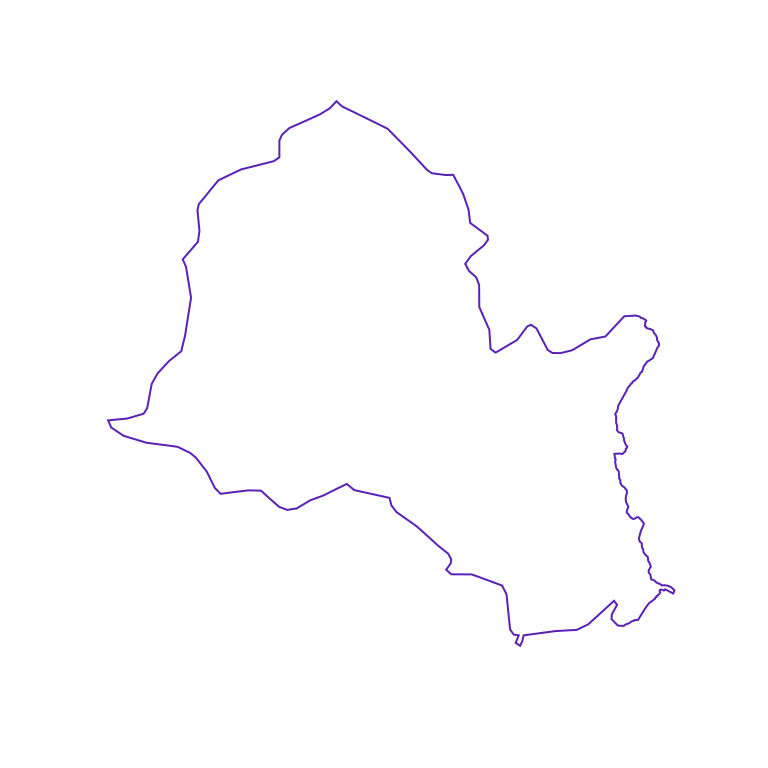 Cavnic, Maramures, Romania (orthographic projection), rotated 258°
{"feature_id": "2599482B81907066395541", "entity_name": "Cavnic", "entity_type": "district", "adm_level": 2, "iso_a3": "ROU", "parent_name": "Romania", "parent_adm1": "Maramures", "projection": "orthographic", "projection_center": [23.847, 47.662], "detail": "fine", "context": "isolated", "style": "outline", "palette": "violet", "viewbox_px": 768, "rotation_deg": 258, "n_neighbors": 0, "source": "geoboundaries", "source_scale": "gbopen_adm2", "svg_char_len": 4001}
<svg xmlns="http://www.w3.org/2000/svg" viewBox="0 0 768 768"><g transform="rotate(258 384 384)"><path d="M605.3,458.2L632.9,440.6L640.7,430.8L664.4,400.5L670.5,396.3L665.0,388.4L661.1,377.5L658.5,365.7L654.0,344.5L649.1,336.1L643.9,332.3L627.5,328.8L624.9,322.6L623.6,288.8L617.7,264.4L610.7,255.6L602.1,244.9L598.4,240.2L592.9,237.7L572.1,235.3L561.8,231.6L547.8,213.1L539.6,214.7L508.5,213.2L472.5,199.4L464.7,195.6L458.2,192.5L455.7,187.5L451.2,178.6L445.6,170.6L441.3,164.6L432.4,156.8L409.6,147.3L404.9,142.7L403.6,125.6L405.8,106.6L398.2,108.1L387.4,118.6L375.9,139.5L370.0,156.4L365.5,169.0L359.9,176.2L357.1,179.9L351.2,184.6L337.9,191.1L335.3,192.4L332.1,193.2L327.3,194.4L321.3,196.0L317.6,196.9L310.6,201.3L310.1,207.0L309.6,213.3L309.1,218.7L308.6,224.5L308.2,229.0L308.0,229.8L307.2,233.3L306.0,238.4L305.2,241.5L303.5,242.8L299.1,245.9L285.7,255.8L280.9,263.3L280.7,268.4L280.4,272.7L280.8,273.7L284.4,284.4L285.6,287.7L286.2,291.9L287.5,301.4L289.3,308.3L291.6,317.1L294.0,326.8L286.4,332.9L279.0,349.1L274.7,358.7L271.4,365.7L263.7,366.0L256.1,369.6L238.0,386.4L214.2,403.6L204.7,411.5L198.6,413.3L194.6,411.9L189.4,406.2L183.9,410.2L179.5,430.2L174.3,438.6L162.3,457.6L152.9,460.1L117.6,456.3L111.9,458.8L110.2,463.5L103.4,459.0L99.6,462.7L103.8,465.8L106.4,467.1L109.1,468.4L106.7,500.0L105.9,505.4L103.4,521.5L106.5,533.9L124.1,563.9L119.6,566.1L111.2,558.9L106.7,557.7L102.9,560.1L99.1,562.5L97.5,568.1L98.6,570.5L99.0,573.9L100.4,577.1L100.5,579.4L101.0,579.8L100.4,583.4L105.2,588.0L110.1,592.7L114.4,597.5L117.5,604.3L118.3,604.4L118.7,605.4L119.0,606.3L119.9,606.5L120.1,607.5L121.7,610.1L123.0,610.8L123.5,610.4L125.0,610.9L125.3,612.5L124.6,613.9L124.0,614.3L123.9,614.8L123.8,615.3L124.7,616.4L119.0,623.3L121.7,625.2L123.3,624.3L124.6,623.4L125.5,622.6L127.2,620.4L127.9,619.1L128.7,617.0L129.3,613.8L130.7,612.7L133.1,609.2L135.4,607.8L137.4,604.8L142.4,604.9L144.1,603.9L145.4,603.8L146.6,604.2L148.9,606.0L149.7,607.0L154.3,606.5L155.0,606.0L156.8,605.6L158.0,606.0L160.4,605.9L162.1,604.5L165.5,602.8L168.7,603.1L169.4,602.6L170.3,602.5L171.2,602.4L174.3,603.0L174.8,602.9L176.9,601.3L180.1,601.3L186.5,604.5L191.5,608.1L193.5,609.2L197.6,607.3L200.8,605.1L201.1,603.2L200.3,601.9L200.1,600.1L200.5,599.1L202.8,597.2L206.4,595.7L207.5,594.8L209.0,595.0L213.2,597.5L217.8,596.3L221.0,596.4L224.3,597.5L226.7,598.9L228.8,599.4L230.3,599.0L231.2,598.3L232.7,597.8L235.4,595.4L238.0,594.6L240.8,595.2L243.0,594.4L243.3,594.7L244.5,594.8L249.2,595.4L251.1,595.0L252.1,594.0L254.2,593.7L259.8,593.9L262.2,595.0L263.1,594.4L267.8,594.9L266.9,600.4L265.9,602.4L268.2,606.3L270.6,607.2L271.1,608.5L271.8,608.9L272.6,608.9L273.8,608.0L277.9,607.2L279.7,607.1L281.0,607.5L282.4,607.1L285.5,607.1L286.2,606.7L287.9,603.6L290.4,602.2L292.1,602.9L295.8,603.3L297.9,603.0L304.4,604.4L306.1,603.8L307.7,604.9L308.4,605.8L311.2,607.6L313.9,608.4L326.7,619.6L329.8,621.8L331.4,624.2L332.7,625.3L333.0,626.6L334.3,627.5L335.2,629.2L335.3,629.9L337.5,633.7L341.9,637.5L342.3,639.0L343.1,639.1L343.7,639.8L346.8,641.4L348.4,642.8L349.1,644.0L350.6,645.4L351.4,646.5L351.5,647.6L353.6,652.5L362.4,658.8L364.5,661.0L366.8,661.4L370.5,660.2L372.6,660.7L376.0,659.8L376.7,659.2L377.8,658.7L380.4,658.4L382.3,656.1L384.0,652.5L385.5,652.2L385.5,651.8L386.2,651.4L387.3,651.4L388.9,652.2L389.7,652.2L390.6,652.8L391.0,653.5L391.6,653.7L394.0,651.4L395.5,648.9L396.0,648.7L396.4,648.4L397.3,647.3L398.0,645.4L398.8,644.1L399.0,641.5L399.1,641.2L400.3,633.1L384.4,610.4L384.8,595.4L377.9,575.1L377.5,563.3L379.3,555.2L383.3,551.2L406.7,544.7L411.4,540.1L410.5,536.1L399.4,523.4L391.5,499.7L396.2,495.5L415.0,498.3L439.4,493.2L461.0,497.6L464.8,497.0L469.1,496.4L476.8,490.7L484.6,488.4L491.0,495.5L494.6,502.3L499.0,510.8L503.5,515.7L507.5,516.1L523.6,501.8L537.0,502.9L552.8,501.0L555.8,500.3L559.7,499.3L568.4,496.8L574.2,495.2L574.9,491.3L575.7,487.4L576.2,486.0L577.0,483.8L579.3,477.1L580.2,474.6L584.3,470.7L596.1,463.7L605.3,458.2Z" fill="none" stroke="#5b21b6" stroke-width="2"/></g></svg>